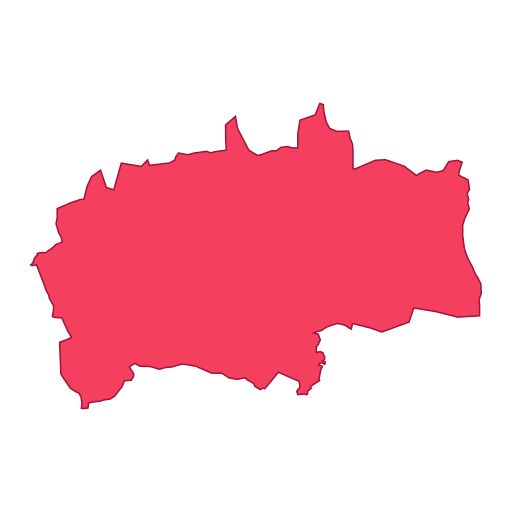 Song, Adamawa, Nigeria
{"feature_id": "59680162B82996162763265", "entity_name": "Song", "entity_type": "district", "adm_level": 2, "iso_a3": "NGA", "parent_name": "Nigeria", "parent_adm1": "Adamawa", "projection": "albers", "projection_center": [12.591, 9.831], "detail": "fine", "context": "isolated", "style": "filled", "palette": "rose", "viewbox_px": 512, "rotation_deg": 0, "n_neighbors": 0, "source": "geoboundaries", "source_scale": "gbopen_adm2", "svg_char_len": 3120}
<svg xmlns="http://www.w3.org/2000/svg" viewBox="0 0 512 512"><path d="M264.8,388.7L278.4,372.3L299.0,381.3L300.1,386.8L296.7,391.3L297.8,394.6L300.9,394.4L304.6,393.9L306.2,394.8L307.5,394.0L307.7,391.3L311.2,388.2L310.6,387.4L311.0,386.1L319.6,380.6L319.1,378.4L320.9,369.3L322.3,366.9L321.6,365.9L318.6,365.1L318.9,364.2L319.8,363.1L322.5,362.9L324.5,364.4L325.2,363.3L325.1,361.8L323.0,360.8L324.5,359.3L324.8,356.8L323.6,355.0L322.9,352.6L320.2,351.6L316.4,352.4L316.3,347.2L318.4,344.2L320.3,339.9L318.3,334.2L313.8,332.9L316.6,331.7L321.5,330.5L326.5,327.1L330.4,325.7L336.1,323.7L339.3,323.7L345.2,325.3L349.4,328.2L351.3,329.1L352.5,323.5L354.9,324.1L360.6,325.5L370.1,327.9L381.7,332.0L409.0,322.1L413.8,308.0L435.5,311.5L457.7,317.1L479.6,315.8L479.6,305.0L479.0,300.0L481.3,293.2L480.7,283.6L477.9,277.9L475.1,273.4L472.3,266.6L468.9,260.4L466.7,255.4L464.8,249.9L464.4,248.6L462.7,235.6L462.7,227.7L462.6,225.6L463.7,222.1L464.5,219.0L469.3,208.9L467.7,202.6L468.7,199.2L467.1,193.4L469.5,189.4L468.1,179.9L458.8,175.2L458.9,172.4L460.3,168.1L460.5,167.3L461.4,164.6L462.2,162.2L457.4,160.3L454.5,160.8L448.7,161.6L443.3,170.5L436.7,172.3L426.2,170.1L420.6,172.9L416.5,175.5L404.2,166.2L385.4,159.7L375.3,160.3L354.0,169.4L353.0,167.8L353.0,166.3L353.0,160.5L353.0,150.9L352.5,144.1L350.2,138.5L348.6,131.1L336.9,131.4L329.7,128.5L326.3,122.1L323.8,111.3L323.3,104.6L319.8,103.4L315.2,114.9L309.5,116.9L300.0,120.2L297.8,133.6L297.8,148.0L292.5,147.9L287.2,146.5L281.3,147.3L278.9,148.8L278.1,149.6L276.5,150.8L271.6,150.8L261.4,154.6L257.7,155.5L248.9,150.3L237.6,128.6L235.4,116.4L225.6,124.9L225.7,139.1L226.3,150.2L221.3,150.8L214.1,151.9L210.8,153.0L206.6,151.3L202.0,152.0L194.2,153.0L188.1,154.7L184.1,154.1L178.5,153.0L175.7,156.9L175.0,159.8L169.9,162.9L149.6,165.3L147.6,159.9L141.3,166.5L140.5,166.3L121.3,163.1L113.8,189.8L106.4,187.5L100.5,170.2L91.6,176.6L87.2,186.0L83.9,199.3L80.4,199.5L71.2,202.6L57.2,208.6L57.2,217.7L56.1,223.3L56.0,223.7L58.7,232.9L60.9,236.6L62.3,242.0L55.9,244.5L52.0,248.2L47.6,251.2L46.8,252.1L45.0,252.8L43.1,252.4L41.0,252.8L39.6,252.7L38.5,253.3L38.1,253.2L37.8,253.6L37.3,253.7L37.4,254.1L37.2,255.1L37.2,255.3L36.9,255.6L36.7,255.8L36.3,255.9L35.9,256.3L35.4,257.2L34.5,258.0L32.9,262.6L32.3,263.6L30.7,264.8L32.2,265.7L36.5,264.8L44.0,284.3L44.5,285.7L45.7,289.4L47.4,292.7L49.1,295.6L49.1,297.8L53.5,305.7L53.4,311.0L52.5,315.9L52.4,316.5L53.0,316.9L53.6,317.2L55.0,317.5L55.9,317.5L61.6,317.9L62.5,319.3L67.5,330.6L71.5,337.4L70.6,337.8L68.1,339.1L59.6,342.3L60.9,374.3L63.2,377.7L70.4,388.3L76.0,391.9L78.6,392.8L80.9,396.7L82.0,402.9L81.4,408.3L83.6,408.6L88.0,408.0L88.6,403.1L91.5,402.3L96.1,401.6L100.1,401.2L102.7,400.2L110.2,399.0L114.7,396.2L122.3,386.2L124.5,380.7L131.3,380.3L133.5,376.6L133.8,374.0L129.4,366.8L134.8,363.4L139.9,366.2L150.4,366.6L159.3,369.2L160.5,368.9L165.5,367.5L171.7,367.0L182.0,364.0L187.2,364.7L194.4,366.0L196.0,366.3L211.6,373.1L222.2,373.4L229.0,377.9L237.1,379.4L245.0,377.7L247.2,379.8L253.1,383.2L253.8,383.9L255.0,386.5L260.2,389.6L262.9,388.1L264.8,388.7Z" fill="#f43f5e" stroke="#9f1239" stroke-width="1.5"/></svg>